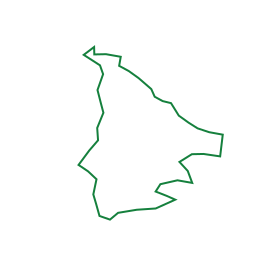 Skylloura, Cyprus (Albers equal-area conic projection), rotated 145°
{"feature_id": "46923920B82441247909764", "entity_name": "Skylloura", "entity_type": "district", "adm_level": 2, "iso_a3": "CYP", "parent_name": "Cyprus", "parent_adm1": "", "projection": "albers", "projection_center": [33.163, 35.228], "detail": "fine", "context": "isolated", "style": "outline", "palette": "green", "viewbox_px": 256, "rotation_deg": 145, "n_neighbors": 0, "source": "geoboundaries", "source_scale": "gbopen_adm2", "svg_char_len": 703}
<svg xmlns="http://www.w3.org/2000/svg" viewBox="0 0 256 256"><g transform="rotate(145 128 128)"><path d="M109.3,213.8L122.3,213.3L115.0,195.4L117.5,186.4L131.2,176.6L136.1,163.6L139.4,154.6L153.2,145.7L159.6,135.1L172.6,131.8L189.7,126.1L185.6,115.5L183.2,104.1L194.5,93.5L197.8,83.7L201.8,72.3L195.3,63.3L184.8,64.2L167.7,56.0L151.5,46.2L130.4,42.2L135.3,50.3L141.8,60.1L133.7,63.4L117.5,56.8L109.1,48.4L106.9,46.2L103.7,58.5L105.3,70.7L90.7,69.9L81.0,63.4L68.8,51.9L54.2,68.2L63.9,78.0L71.2,87.8L75.3,97.6L79.3,109.0L78.5,123.7L84.2,130.2L88.2,138.3L86.6,146.5L90.7,162.8L94.7,174.2L99.6,184.0L93.1,190.5L103.7,201.1L113.4,207.6L109.3,213.8Z" fill="none" stroke="#15803d" stroke-width="2"/></g></svg>